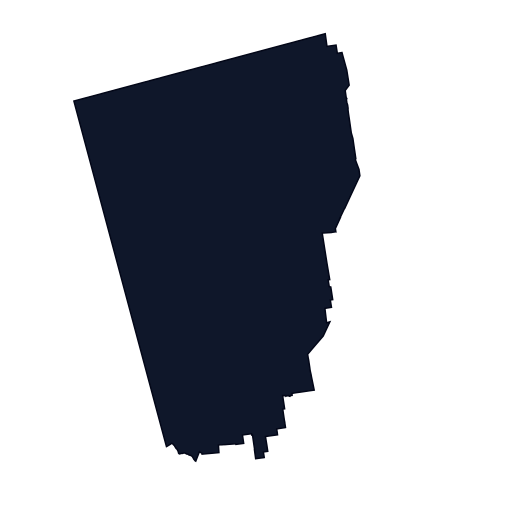 Bulloo, Queensland, Australia, rotated 75°
{"feature_id": "25037944B79296808644120", "entity_name": "Bulloo", "entity_type": "district", "adm_level": 2, "iso_a3": "AUS", "parent_name": "Australia", "parent_adm1": "Queensland", "projection": "mercator", "projection_center": [143.553, -27.831], "detail": "fine", "context": "isolated", "style": "filled", "palette": "ink", "viewbox_px": 512, "rotation_deg": 75, "n_neighbors": 0, "source": "geoboundaries", "source_scale": "gbopen_adm2", "svg_char_len": 4582}
<svg xmlns="http://www.w3.org/2000/svg" viewBox="0 0 512 512"><g transform="rotate(75 256 256)"><path d="M416.9,391.8L416.7,390.9L415.7,387.5L415.1,385.8L415.3,385.7L415.8,385.1L416.0,385.0L416.7,384.7L416.8,384.5L417.1,384.5L417.4,384.3L417.9,383.9L418.0,383.9L418.4,383.7L418.8,383.7L419.4,383.6L419.9,383.3L420.2,383.2L420.4,383.1L420.7,383.1L421.0,383.1L421.4,382.9L421.6,382.7L422.0,382.4L422.5,382.3L422.7,382.1L423.0,382.1L423.3,382.0L423.7,381.9L423.9,382.0L424.3,381.8L424.7,381.7L424.9,381.7L425.5,381.8L425.8,381.8L426.5,381.8L426.7,381.6L427.0,381.4L427.3,381.3L427.4,381.0L427.4,379.7L427.4,379.3L427.4,378.9L427.5,378.7L427.6,378.3L427.7,378.0L427.7,377.8L427.6,377.4L427.6,377.1L427.7,376.4L427.8,376.0L427.9,375.7L428.1,375.5L428.3,375.4L428.5,375.2L428.7,374.8L428.7,374.6L428.9,374.4L429.1,374.3L429.3,374.1L429.5,374.0L429.5,373.9L429.5,373.6L429.7,373.3L429.9,373.1L430.1,372.7L430.3,372.6L430.7,372.4L430.9,372.2L431.0,371.9L431.1,371.7L431.3,371.5L431.5,371.1L431.6,370.8L431.8,370.6L432.1,370.4L432.4,370.0L432.7,369.8L433.3,369.4L433.8,369.2L434.5,369.1L434.8,368.9L436.1,368.7L436.5,368.5L436.9,368.3L437.7,368.0L438.1,367.8L438.6,367.3L435.0,364.7L430.4,361.3L432.6,359.3L433.4,359.4L435.1,349.7L436.3,342.7L428.8,341.2L429.1,339.5L429.5,337.9L429.8,336.2L430.2,334.6L430.4,333.6L430.4,333.4L432.1,324.5L432.8,324.2L432.8,323.9L433.8,316.4L425.4,315.4L425.6,313.6L425.9,311.3L426.5,306.3L427.8,306.5L427.9,305.7L442.2,307.4L442.4,307.6L451.7,308.8L452.3,304.0L452.8,300.4L452.8,300.2L447.2,299.6L447.7,295.2L441.7,294.5L432.8,293.6L433.3,289.4L434.3,281.5L432.1,281.2L428.4,280.8L428.8,276.6L429.3,272.1L429.3,271.9L426.7,271.6L424.1,271.3L424.0,271.2L423.9,271.2L423.7,271.2L423.4,271.2L421.9,271.1L412.5,270.0L410.8,269.8L411.0,267.9L397.6,266.4L397.8,265.9L398.0,265.8L398.1,265.6L398.0,265.1L398.1,264.8L398.1,264.6L398.2,264.3L398.4,263.9L398.5,263.9L398.4,263.8L398.4,263.7L398.5,263.6L398.9,263.5L398.9,263.4L399.1,263.2L399.1,262.9L398.9,262.8L399.0,262.7L398.9,262.5L399.1,262.3L399.1,262.1L399.2,261.8L399.2,261.5L399.0,261.1L399.2,260.9L399.4,260.5L399.6,260.5L399.8,260.4L400.0,260.3L400.1,260.2L400.0,259.8L400.2,259.5L399.7,259.3L399.6,259.2L399.8,258.7L399.7,258.4L399.8,258.2L399.8,257.9L400.0,257.5L400.0,257.2L398.0,256.8L398.4,252.7L399.1,247.2L400.0,239.3L400.6,234.5L397.3,234.3L387.1,233.7L384.7,233.5L382.2,233.4L380.3,233.3L377.3,232.9L373.7,232.5L371.9,232.3L371.3,232.2L371.2,232.3L370.8,232.2L370.7,232.2L370.3,232.1L370.1,232.2L369.9,232.1L369.3,232.0L368.6,232.0L367.4,231.9L366.6,231.8L365.7,231.7L364.3,231.6L358.0,222.5L350.7,211.8L338.7,201.7L338.8,205.1L324.4,203.0L325.1,196.4L317.7,195.6L318.0,193.2L305.3,191.8L304.6,193.2L297.7,192.5L297.9,190.9L281.0,189.3L251.0,186.1L252.4,179.2L252.8,177.4L252.9,175.7L253.2,173.2L253.2,172.8L253.3,172.6L249.9,172.2L249.0,171.4L248.9,171.4L248.8,171.2L241.3,165.0L241.3,165.3L233.4,158.6L233.1,158.1L228.2,154.0L221.6,148.5L205.9,135.3L205.4,134.9L202.2,134.5L199.6,134.2L199.2,134.1L192.2,134.8L188.7,135.1L187.9,134.4L180.3,133.5L178.4,133.3L167.6,132.0L161.7,132.1L147.7,130.4L144.1,130.0L141.5,129.7L138.7,129.3L137.0,128.8L133.8,128.4L132.2,128.5L131.8,128.7L131.5,128.7L130.9,128.4L130.6,128.4L130.4,128.5L129.4,128.3L128.3,128.1L127.3,127.5L126.5,127.9L119.2,127.0L115.1,121.8L99.9,120.2L85.4,120.3L81.7,120.3L81.3,125.0L73.0,124.1L71.9,133.2L65.6,132.4L59.2,131.6L59.2,148.6L59.2,149.2L59.2,171.0L59.2,181.1L59.2,192.0L59.2,197.9L59.2,218.7L59.2,229.5L59.2,234.6L59.2,235.0L59.2,260.3L59.2,265.4L59.2,275.6L59.2,282.3L59.2,283.0L59.2,285.4L59.2,292.5L59.2,306.4L59.2,317.3L59.2,325.4L59.2,328.6L59.2,332.9L59.2,337.8L59.2,355.5L59.2,391.8L60.9,391.8L63.8,391.8L70.6,391.8L79.8,391.8L81.1,391.8L90.1,391.8L97.7,391.8L105.8,391.8L110.6,391.8L114.4,391.8L120.0,391.8L120.9,391.8L124.9,391.8L131.2,391.8L141.5,391.8L151.7,391.8L153.2,391.8L154.0,391.8L157.2,391.8L158.9,391.8L160.6,391.8L162.0,391.8L163.9,391.8L172.4,391.8L174.1,391.8L175.9,391.8L179.2,391.8L181.7,391.8L186.5,391.8L189.2,391.8L192.8,391.8L203.1,391.8L213.4,391.8L223.7,391.8L224.0,391.8L233.9,391.8L234.7,391.8L244.2,391.8L254.5,391.8L255.6,391.8L264.9,391.8L282.9,391.8L288.0,391.8L294.7,391.8L296.4,391.8L301.4,391.8L305.9,391.8L311.2,391.8L316.2,391.8L326.4,391.8L326.9,391.8L335.4,391.8L341.9,391.8L345.7,391.8L352.2,391.8L362.2,391.8L367.6,391.8L370.7,391.8L372.7,391.8L376.1,391.8L377.8,391.8L379.5,391.8L384.7,391.8L387.7,391.8L388.0,391.8L393.2,391.8L401.7,391.8L404.6,391.8L407.9,391.8L409.5,391.8L410.2,391.8L413.2,391.8L416.9,391.8Z" fill="#0f172a" stroke="#020617" stroke-width="1.5"/></g></svg>